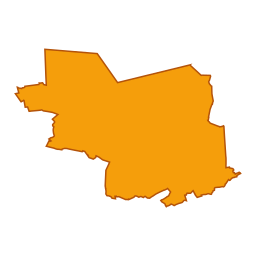 Terneuzen, Zeeland, Netherlands (Natural Earth projection)
{"feature_id": "6326949B16829541191970", "entity_name": "Terneuzen", "entity_type": "district", "adm_level": 2, "iso_a3": "NLD", "parent_name": "Netherlands", "parent_adm1": "Zeeland", "projection": "natural_earth1", "projection_center": [3.831, 51.299], "detail": "fine", "context": "isolated", "style": "filled", "palette": "amber", "viewbox_px": 256, "rotation_deg": 0, "n_neighbors": 0, "source": "geoboundaries", "source_scale": "gbopen_adm2", "svg_char_len": 5353}
<svg xmlns="http://www.w3.org/2000/svg" viewBox="0 0 256 256"><path d="M97.2,53.6L44.9,49.3L45.9,76.3L46.3,85.2L43.8,84.6L42.6,82.8L40.0,83.1L39.2,83.0L39.4,84.4L39.5,84.4L24.9,86.3L24.9,86.5L24.7,87.1L24.6,87.3L23.7,87.7L23.4,87.8L23.0,87.8L22.6,87.8L22.4,87.8L22.2,87.9L21.9,88.4L21.8,88.5L21.6,88.5L21.3,88.5L20.6,88.3L19.1,88.1L18.7,88.0L18.3,87.8L17.9,87.4L17.7,87.3L17.3,87.2L18.8,93.0L15.4,93.7L20.2,100.6L21.1,101.8L23.5,100.5L23.7,100.3L24.0,100.5L25.2,107.2L27.6,107.0L29.1,111.3L30.3,111.2L30.7,111.1L37.4,110.5L40.3,110.2L40.8,110.1L41.6,109.9L41.9,110.0L42.4,110.3L42.9,110.6L43.5,110.9L47.5,111.5L52.0,112.3L52.5,112.4L56.0,113.7L57.9,114.5L52.4,119.2L54.4,121.3L54.5,121.5L54.6,121.8L54.6,122.2L54.5,122.5L52.7,124.5L52.6,125.1L52.7,125.5L52.8,126.0L53.0,126.1L53.6,126.5L53.8,126.7L53.8,126.9L53.8,127.0L53.4,128.2L53.2,129.6L53.2,130.4L53.5,133.1L54.2,135.5L54.3,135.8L54.2,136.0L54.0,136.4L52.3,137.5L52.1,137.5L51.3,137.6L50.9,137.7L48.9,139.0L51.0,140.9L49.9,141.4L49.0,140.9L46.5,145.9L46.3,146.2L49.2,147.0L53.8,148.1L56.2,149.0L57.7,149.3L58.0,149.3L58.9,149.3L60.5,149.6L61.9,149.8L62.0,149.5L62.0,149.3L62.1,149.1L64.5,148.4L66.9,148.5L69.3,149.1L74.2,150.1L75.7,150.4L78.9,151.0L81.6,151.6L82.3,151.7L82.5,151.6L82.5,151.4L82.8,150.8L84.8,151.5L86.7,154.2L87.1,154.4L87.4,154.6L87.5,154.7L87.4,154.7L87.3,155.0L89.1,157.6L93.3,159.1L95.7,157.5L96.1,155.8L98.9,157.1L102.6,159.8L103.4,160.1L109.6,162.1L108.7,164.3L105.9,170.3L105.6,176.9L105.2,185.8L105.3,185.8L105.3,186.0L105.5,188.2L105.6,188.6L105.8,188.6L105.8,188.8L105.7,189.0L106.0,190.9L106.0,191.6L106.0,192.0L105.9,193.4L105.9,194.0L106.0,194.2L106.5,194.9L106.8,195.5L107.0,195.7L108.2,195.8L108.6,195.8L110.2,196.4L110.6,196.5L110.9,196.7L111.3,197.2L112.0,198.2L113.1,198.4L115.5,198.8L115.0,196.3L115.5,196.3L116.2,196.2L116.3,196.8L119.0,196.7L122.2,198.1L124.6,199.1L125.4,199.5L125.6,199.5L126.5,199.5L127.2,199.5L127.7,199.5L127.8,199.5L128.1,199.7L128.3,199.4L128.5,199.1L129.2,199.4L133.8,197.3L133.9,197.2L134.7,196.4L135.1,195.9L136.7,196.1L138.8,197.2L140.4,196.6L140.9,196.5L141.0,196.5L143.4,197.5L144.8,196.4L145.1,196.3L147.4,198.0L149.6,198.2L150.5,197.6L151.2,197.0L151.6,196.8L152.5,196.2L153.0,196.0L154.7,194.8L155.6,194.2L156.1,193.9L159.9,192.0L161.0,191.5L162.1,191.0L163.2,190.5L163.9,190.1L164.1,190.1L164.5,190.1L167.4,188.7L167.6,188.5L170.5,191.8L170.6,192.0L169.7,193.5L169.4,194.3L168.7,195.7L168.5,195.9L168.3,196.1L167.7,196.4L167.3,196.5L167.1,196.6L166.8,197.0L164.1,198.8L162.4,199.7L161.5,199.9L161.1,200.3L160.8,200.5L161.0,200.8L162.1,202.1L162.3,202.2L162.6,202.3L163.9,203.1L164.3,203.4L165.0,204.0L165.2,204.4L165.3,204.8L165.4,205.3L165.7,205.7L166.0,206.3L166.3,206.7L166.7,206.4L166.8,206.3L166.9,206.1L167.0,206.1L167.3,206.0L167.5,206.0L167.8,205.9L168.2,205.8L169.0,205.5L170.5,204.6L170.5,204.4L171.1,204.1L171.4,204.1L171.7,204.2L172.0,204.4L172.9,204.8L173.3,205.0L173.8,205.4L174.0,205.5L174.4,205.5L174.8,205.4L175.1,205.0L175.4,204.8L176.9,204.2L177.9,203.8L178.9,203.4L180.2,203.1L182.0,202.5L182.3,202.3L182.8,201.8L183.8,200.6L184.3,200.4L184.7,200.3L185.1,200.3L186.4,200.7L186.0,199.3L186.0,199.2L184.7,195.2L184.9,195.1L185.2,195.0L186.1,195.1L186.3,195.0L186.4,194.9L186.5,194.4L186.9,193.3L187.0,193.2L188.3,193.2L188.4,193.3L190.6,193.2L193.1,190.7L194.4,193.1L194.8,193.8L194.7,193.8L195.5,195.3L197.2,197.4L201.7,196.0L201.3,195.1L203.8,194.5L205.4,194.5L206.3,194.3L207.4,193.9L207.9,193.7L208.4,193.7L210.8,194.3L211.3,194.3L211.5,194.1L211.6,193.9L211.8,193.2L212.1,192.5L212.3,192.3L212.8,191.9L212.9,191.6L213.0,191.2L213.1,190.9L213.1,190.7L213.3,190.6L213.6,190.5L214.0,190.5L214.4,190.3L214.5,190.1L214.5,189.8L214.5,189.6L214.5,188.7L214.4,188.5L214.4,188.4L214.7,187.9L214.8,187.8L215.1,187.6L217.6,187.3L219.7,187.2L222.3,186.6L222.8,186.7L223.2,186.9L224.0,186.6L224.2,186.4L224.6,185.9L225.1,185.0L225.1,184.9L225.2,184.3L225.2,184.1L225.3,184.0L225.5,183.8L225.9,183.7L226.2,183.2L226.8,182.2L227.2,181.8L227.4,181.4L227.5,181.2L228.5,179.6L229.6,180.4L229.9,180.3L230.2,180.1L230.3,180.0L230.7,179.4L230.9,179.2L231.9,178.3L232.5,177.8L233.1,177.7L233.7,177.5L234.2,177.5L234.9,177.1L235.7,177.0L236.7,176.8L236.9,176.7L236.8,175.9L236.9,175.7L237.1,175.4L237.8,175.0L238.3,174.7L238.9,174.3L240.6,173.5L240.2,172.9L239.7,173.0L239.3,172.3L239.2,172.3L238.8,172.4L238.2,172.8L237.6,173.0L237.2,173.1L235.6,173.8L235.2,174.1L234.4,172.6L234.1,172.7L233.4,172.7L232.8,171.0L233.6,170.3L233.7,170.2L233.7,169.8L233.5,169.4L232.8,168.6L229.5,167.9L229.4,167.1L226.0,167.7L226.0,166.9L225.9,165.5L226.0,164.1L226.0,162.1L226.0,160.6L226.0,159.6L226.0,158.9L225.9,156.9L225.8,156.7L224.5,136.8L224.2,131.7L223.9,126.4L223.7,126.4L223.7,126.2L223.4,125.8L222.5,126.3L222.0,126.4L222.0,126.5L220.0,126.8L219.7,126.9L219.2,126.6L219.0,126.4L218.1,126.2L210.3,123.2L210.2,123.1L210.0,122.9L209.4,122.1L208.2,121.0L208.0,120.7L207.9,120.5L208.2,120.5L208.2,120.3L208.8,117.3L208.5,117.2L209.9,110.3L210.0,109.6L211.8,104.7L212.3,104.4L212.5,103.8L212.3,103.6L213.1,101.3L213.2,101.1L213.2,100.9L212.1,95.0L211.9,93.7L211.7,86.2L211.2,86.0L209.8,84.3L209.4,83.8L209.3,83.7L208.8,82.2L208.7,81.7L208.8,81.4L209.4,80.4L209.5,80.1L210.6,76.3L210.6,76.2L210.3,75.4L202.1,75.2L201.7,75.2L201.2,75.4L189.9,65.0L190.0,64.9L117.6,82.6L97.2,53.6Z" fill="#f59e0b" stroke="#b45309" stroke-width="1.5"/></svg>